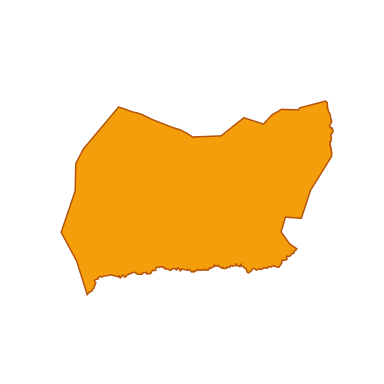 Mo'ron, Hentiy, Mongolia (orthographic projection), rotated 22°
{"feature_id": "93677404B68040826216120", "entity_name": "Mo'ron", "entity_type": "district", "adm_level": 2, "iso_a3": "MNG", "parent_name": "Mongolia", "parent_adm1": "Hentiy", "projection": "orthographic", "projection_center": [110.381, 47.305], "detail": "fine", "context": "isolated", "style": "filled", "palette": "amber", "viewbox_px": 384, "rotation_deg": 22, "n_neighbors": 0, "source": "geoboundaries", "source_scale": "gbopen_adm2", "svg_char_len": 5955}
<svg xmlns="http://www.w3.org/2000/svg" viewBox="0 0 384 384"><g transform="rotate(22 192 192)"><path d="M133.3,326.4L134.1,324.0L134.6,323.1L136.2,321.5L136.3,321.0L136.4,319.0L137.0,318.3L137.1,317.9L137.1,317.5L136.7,316.6L136.7,316.2L137.0,315.4L137.1,314.9L137.0,314.5L136.5,313.5L136.6,313.2L136.9,312.6L136.9,312.2L136.6,312.0L135.0,311.3L134.7,311.0L134.7,310.7L134.7,310.4L134.9,309.9L135.2,309.5L137.3,308.0L137.5,307.6L137.6,305.7L137.7,305.2L137.9,304.9L138.2,304.7L139.8,304.7L140.4,304.5L141.1,303.7L141.2,303.3L141.5,302.9L141.8,302.7L142.7,302.5L144.5,301.5L145.8,300.7L147.7,299.1L148.7,299.2L149.9,298.7L151.1,298.9L151.6,298.8L152.5,298.4L154.8,298.4L155.1,298.3L155.3,298.0L155.5,297.2L155.7,296.9L155.9,296.9L156.1,297.2L156.5,298.0L156.8,298.3L157.1,298.5L157.8,298.5L157.9,298.3L158.5,296.2L158.7,295.5L158.8,295.3L159.5,295.1L161.1,296.0L161.5,296.1L161.9,295.8L162.7,294.6L162.7,293.1L164.1,292.1L166.1,290.2L167.6,288.5L168.0,288.2L170.0,288.0L171.7,288.6L172.4,288.5L176.0,287.3L176.3,287.1L176.6,286.3L176.8,285.6L177.1,285.2L178.3,284.4L179.4,283.8L179.9,283.8L180.2,284.1L180.3,284.4L180.5,284.7L180.8,284.9L181.4,284.6L181.8,284.0L182.1,283.8L183.2,283.9L183.6,283.8L184.0,283.1L184.4,282.4L184.5,282.0L184.6,279.8L184.8,279.5L185.8,279.0L187.0,278.7L187.7,278.1L187.7,277.6L187.4,276.8L187.2,276.2L187.2,275.5L187.4,275.0L187.8,274.6L188.2,274.5L189.5,274.4L189.8,274.2L190.1,273.8L190.8,273.2L191.0,273.1L191.6,273.0L191.9,272.9L192.3,272.4L193.1,272.8L193.6,273.0L193.8,273.0L194.6,272.4L194.9,272.3L195.3,272.6L195.5,273.1L195.8,273.4L196.1,273.5L196.7,273.4L197.5,272.8L198.6,272.6L199.3,272.3L200.3,272.9L200.8,273.0L201.3,272.8L201.7,272.4L202.6,270.5L203.3,270.2L204.7,269.4L205.1,269.4L205.7,269.8L206.2,270.0L206.7,270.0L207.1,269.8L207.3,269.4L207.3,269.1L206.8,268.4L206.7,268.1L207.1,267.7L207.4,267.6L207.9,267.7L209.2,268.2L210.2,269.3L210.4,269.5L210.7,269.5L211.0,269.3L211.2,269.0L211.2,268.3L211.1,267.4L211.2,267.1L211.6,266.9L212.9,266.9L214.6,266.7L216.2,266.2L217.0,266.3L217.1,266.2L217.0,265.7L217.1,265.4L217.3,265.3L217.8,265.7L218.3,265.3L218.5,265.0L219.9,265.2L220.6,266.0L220.9,266.2L221.3,266.3L221.8,266.2L222.1,266.0L222.6,265.2L222.9,265.2L223.2,265.4L223.7,265.6L223.9,265.4L224.0,264.4L224.2,264.2L225.5,263.4L225.7,263.1L225.7,262.8L225.6,262.3L225.7,262.1L226.2,262.0L227.1,262.1L227.8,261.7L228.6,261.7L229.0,261.5L229.8,260.7L230.7,260.7L231.3,260.5L231.7,260.2L232.2,259.2L232.5,259.0L232.8,258.9L233.9,259.5L234.2,259.4L234.9,258.7L236.2,258.5L236.3,258.4L236.2,258.1L236.0,257.9L235.9,257.7L236.7,256.7L236.6,255.9L236.7,255.7L236.8,255.6L237.9,255.7L238.3,255.5L238.7,255.1L239.2,254.3L239.7,253.4L240.0,251.6L240.2,251.8L240.3,252.4L240.5,252.5L240.8,252.5L241.0,252.3L241.5,251.5L242.8,251.5L243.2,251.1L243.5,250.4L243.9,250.2L244.1,250.2L244.4,250.6L244.7,250.7L245.1,250.8L246.0,251.3L246.9,251.2L248.0,251.5L248.5,251.3L248.8,250.4L249.8,251.1L250.6,251.0L251.0,250.8L251.7,249.8L252.6,249.7L252.8,249.6L252.8,249.4L252.7,249.1L252.5,248.8L252.6,248.6L252.9,248.5L253.4,248.4L253.7,248.2L254.2,247.6L254.4,247.5L255.1,247.5L255.4,247.4L255.4,247.2L255.2,246.5L255.2,246.0L255.3,245.8L255.5,245.6L256.6,245.4L256.9,245.6L257.5,245.6L257.7,245.4L257.9,244.9L258.2,244.7L259.4,244.3L259.9,244.0L260.2,243.7L260.2,243.2L259.9,242.0L260.1,241.8L260.4,241.9L260.5,242.2L260.9,243.0L261.3,243.5L261.6,243.5L262.1,243.4L262.9,243.0L263.7,243.2L264.3,243.3L264.6,243.1L264.7,242.9L264.4,242.3L264.3,241.2L264.4,240.8L264.5,240.6L265.3,241.6L265.6,241.9L265.9,242.0L266.5,242.1L267.5,242.1L268.3,242.6L269.2,242.5L269.8,242.9L270.2,243.0L270.9,242.9L271.6,243.4L272.3,244.8L272.9,245.4L273.7,245.7L274.2,245.8L274.8,245.7L275.2,245.2L276.6,242.9L276.8,241.0L277.0,240.5L277.8,239.8L278.2,239.8L280.7,240.2L281.3,240.1L283.2,238.0L283.8,237.9L284.4,238.1L284.8,238.0L285.4,237.7L286.2,236.9L286.3,236.1L286.5,235.9L288.1,235.0L290.2,234.6L290.7,234.1L290.9,233.2L291.1,232.6L291.4,232.3L292.0,232.0L293.4,232.1L293.5,231.9L293.7,231.3L293.9,231.0L294.4,230.6L294.7,230.5L295.0,230.0L295.3,229.8L296.7,230.0L297.6,229.6L298.3,229.8L298.8,229.8L300.3,229.5L300.5,229.4L301.1,227.7L301.4,226.8L301.5,225.0L301.4,224.8L301.4,224.6L301.9,223.9L301.8,223.5L300.9,222.1L301.9,221.2L302.5,220.9L303.6,220.6L303.9,220.4L304.6,219.8L305.2,219.1L305.2,218.8L304.9,218.1L304.4,217.2L304.1,216.6L303.9,216.2L304.3,215.8L305.3,215.7L305.9,215.5L306.5,214.9L307.3,213.9L307.5,213.2L307.5,212.1L307.7,211.7L308.0,211.5L308.9,211.2L309.2,210.8L309.4,210.5L309.2,210.0L308.8,209.3L308.8,209.0L309.0,208.6L309.8,207.7L310.1,207.2L310.3,206.1L310.4,205.4L302.0,203.5L289.5,195.7L288.1,180.2L303.2,175.5L301.3,145.8L307.8,108.3L307.8,105.6L306.9,104.2L307.0,103.3L306.6,103.1L306.5,102.5L306.0,101.9L305.5,101.7L305.4,101.5L305.2,100.5L304.6,99.2L304.2,98.7L303.8,98.6L303.4,98.4L303.1,97.8L302.9,97.7L303.0,96.9L302.9,96.7L302.3,96.6L302.1,96.5L302.0,95.5L301.8,95.1L301.9,94.5L301.7,94.4L301.4,94.4L301.3,93.6L301.1,93.4L301.8,92.8L301.8,92.6L301.4,91.6L301.1,90.5L301.1,89.7L299.5,87.6L299.4,87.2L299.6,86.3L299.6,85.2L300.0,84.3L300.1,83.5L300.0,82.8L299.5,81.8L298.1,80.3L297.9,80.2L297.7,80.3L297.3,80.8L297.2,80.7L296.9,80.1L296.6,80.1L296.1,80.4L295.9,80.3L295.1,79.6L294.9,79.2L294.9,78.4L295.0,75.7L295.2,75.4L294.9,74.9L295.0,74.2L294.5,73.9L294.5,73.2L294.2,72.9L293.6,72.8L293.6,72.6L293.1,71.6L291.4,69.0L290.8,68.2L290.5,67.6L288.7,66.6L287.9,65.5L287.8,65.0L287.5,64.6L286.0,63.8L285.9,63.6L285.9,63.2L286.1,63.1L286.2,62.7L285.9,62.3L285.0,61.2L284.8,60.2L284.5,59.8L284.5,59.3L284.0,58.6L282.9,58.3L281.9,57.6L260.5,73.5L259.7,76.1L244.1,81.8L237.2,90.6L232.8,102.3L212.3,103.7L197.9,129.1L171.9,140.8L165.5,139.5L158.2,138.8L148.3,139.5L132.1,139.7L126.0,139.6L116.6,138.9L110.8,139.3L108.9,139.7L105.9,140.1L101.8,140.2L99.0,140.2L94.8,140.5L92.2,140.5L75.2,192.7L73.6,209.2L83.3,234.8L85.8,278.4L110.8,299.1L133.3,326.4Z" fill="#f59e0b" stroke="#b45309" stroke-width="1.5"/></g></svg>